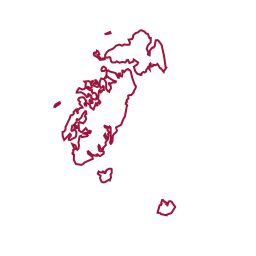 the district of Prince of Wales-Hyder, United States of America, rotated 67°
{"feature_id": "52423323B55198873775030", "entity_name": "Prince of Wales-Hyder", "entity_type": "district", "adm_level": 2, "iso_a3": "USA", "parent_name": "United States of America", "parent_adm1": "", "projection": "robinson", "projection_center": [-133.066, 55.883], "detail": "fine", "context": "isolated", "style": "outline", "palette": "rose", "viewbox_px": 256, "rotation_deg": 67, "n_neighbors": 0, "source": "geoboundaries", "source_scale": "gbopen_adm2", "svg_char_len": 5804}
<svg xmlns="http://www.w3.org/2000/svg" viewBox="0 0 256 256"><g transform="rotate(67 128 128)"><path d="M67.2,123.7L67.9,125.7L71.2,127.3L72.7,129.6L73.2,128.9L73.1,128.0L72.0,127.0L74.5,125.9L78.5,123.0L80.4,120.9L81.2,121.6L80.1,124.4L80.4,126.3L79.3,127.7L79.3,128.1L80.6,128.4L82.4,127.5L84.9,128.2L86.2,130.3L87.4,131.2L86.4,132.0L83.4,132.8L77.9,130.4L75.2,130.6L73.8,131.0L71.9,133.3L74.3,135.9L77.9,137.5L79.0,137.7L80.5,137.1L80.5,136.0L79.7,134.5L80.5,134.1L83.6,135.4L83.1,136.9L84.1,137.7L84.5,139.1L82.1,139.1L82.7,140.3L89.9,144.3L93.4,143.3L94.3,144.5L92.9,144.8L92.8,146.2L95.2,147.1L95.2,147.7L93.1,148.2L97.5,152.5L94.2,154.5L92.1,153.9L89.6,155.2L89.2,156.5L91.1,157.8L90.6,158.7L88.7,158.7L87.8,156.6L87.0,155.9L82.7,156.7L81.8,157.9L81.2,161.0L82.5,162.9L85.2,162.0L86.6,163.2L87.4,163.1L90.2,161.9L91.5,161.9L90.9,164.3L91.8,166.8L91.1,167.2L95.4,168.6L91.7,168.6L90.8,169.1L92.0,171.8L93.7,172.3L94.2,173.9L94.1,176.1L95.6,177.1L102.8,185.2L105.2,186.3L106.3,188.4L106.1,189.8L110.0,191.3L114.1,191.4L110.6,183.7L112.1,183.3L113.1,184.0L113.9,186.0L115.6,187.1L116.6,185.8L116.2,184.2L116.1,180.1L115.2,179.0L111.8,177.1L108.9,177.4L108.3,178.0L108.8,179.4L108.8,180.8L107.8,180.9L104.2,178.5L104.4,178.0L102.4,172.8L100.1,172.0L99.9,171.4L101.1,170.4L101.1,169.8L100.2,167.2L97.7,164.3L95.8,160.8L96.4,160.1L98.9,160.9L99.0,161.8L100.4,163.2L101.4,162.6L103.4,163.0L105.1,165.1L106.1,167.4L104.4,169.7L103.5,170.0L104.2,171.6L111.1,174.1L113.4,172.6L113.7,171.5L111.6,166.9L115.7,165.9L116.0,164.8L115.6,164.2L116.4,163.5L117.0,163.8L118.0,165.2L116.2,167.9L115.6,170.1L115.8,171.0L117.4,168.4L119.2,167.9L119.6,168.8L118.3,174.0L116.8,174.3L116.8,175.7L122.0,179.3L124.8,179.9L127.8,181.8L128.3,183.2L127.5,183.6L123.5,183.2L121.0,185.6L126.7,185.5L126.9,187.2L128.7,187.6L129.4,189.0L130.4,189.1L130.5,188.4L131.5,188.1L136.2,190.4L140.9,189.9L143.8,185.1L143.5,182.7L142.8,181.8L142.6,172.4L140.4,172.0L136.1,174.7L134.1,174.4L133.8,173.6L138.1,171.8L140.4,169.4L141.3,167.6L140.3,167.4L140.3,166.4L142.4,165.3L142.9,164.5L142.1,160.4L140.4,159.6L138.8,161.1L138.8,162.3L137.6,163.4L133.4,162.5L132.4,161.5L133.1,161.1L136.0,161.5L137.4,160.3L137.8,159.3L136.7,158.9L135.0,155.0L132.6,154.4L131.2,152.2L125.8,153.0L124.6,151.4L129.4,151.1L130.3,150.7L130.0,150.4L126.8,148.7L125.8,148.8L125.0,147.2L121.6,147.7L120.4,146.8L118.4,148.9L117.0,149.0L116.8,148.6L120.2,145.2L119.4,144.4L120.6,143.8L131.6,148.2L134.5,150.3L135.9,150.0L135.8,149.4L134.0,147.4L129.4,145.2L128.3,143.7L127.0,140.1L126.0,139.2L122.8,138.8L122.4,133.1L117.4,128.2L116.3,126.4L107.3,120.5L107.0,119.9L105.5,120.1L104.9,120.7L103.7,120.0L103.5,118.6L102.2,118.6L101.6,118.0L101.1,116.1L98.4,115.3L98.2,113.9L99.0,112.2L97.5,108.9L96.8,108.7L94.0,105.2L92.6,104.4L91.1,104.9L83.6,104.5L76.9,103.4L75.2,103.9L74.4,104.9L73.9,104.8L73.6,105.6L73.8,107.1L75.0,109.5L73.2,110.2L72.9,110.8L75.8,111.8L78.2,113.5L76.9,115.1L74.7,114.1L74.3,115.1L74.8,116.2L78.1,116.8L77.8,117.4L72.7,117.9L68.8,122.7L67.2,123.7ZM87.4,69.1L86.7,69.6L75.8,66.7L64.7,64.6L59.7,65.8L58.7,66.4L58.1,68.2L63.3,71.7L64.0,73.5L63.4,74.1L65.3,77.7L69.5,79.7L68.1,80.9L66.8,79.9L62.3,79.8L59.8,77.4L58.1,73.7L54.1,71.9L53.8,73.1L49.1,73.0L48.0,74.5L45.7,75.2L43.2,77.6L43.0,78.9L43.9,81.7L43.6,83.6L44.6,86.9L46.9,88.2L47.7,89.5L46.9,92.9L50.1,92.8L51.8,94.1L50.8,97.0L49.6,98.6L50.0,101.2L47.9,103.3L47.6,106.7L49.1,110.6L49.2,115.5L50.2,118.3L52.0,120.6L54.1,121.5L55.2,119.4L55.4,117.6L56.2,116.8L59.9,117.5L61.4,117.0L62.7,114.2L62.2,112.4L64.7,110.2L64.9,107.4L66.6,105.1L66.1,103.5L65.1,102.8L65.4,101.4L68.8,101.3L69.0,97.3L67.2,96.0L71.6,93.1L73.1,94.5L73.9,98.7L78.9,99.1L81.9,98.1L83.8,96.0L83.4,95.7L84.2,94.9L82.9,93.9L82.4,91.9L83.4,91.0L83.1,89.2L81.3,88.2L80.9,86.9L80.0,85.9L82.4,85.2L80.2,84.7L77.7,83.0L77.3,82.1L78.1,82.0L79.2,82.8L80.6,82.7L80.6,80.4L79.6,80.0L81.0,78.0L80.5,75.8L85.4,75.1L85.9,74.5L90.3,73.2L89.6,72.7L87.4,69.1ZM217.5,133.9L218.6,131.9L220.3,131.1L223.4,126.6L222.9,126.4L223.3,121.4L219.1,115.4L212.9,116.7L211.9,117.6L211.6,119.3L214.5,121.8L212.8,122.6L211.7,121.9L210.2,122.8L210.4,123.4L207.8,124.0L207.6,124.7L210.0,126.8L210.9,126.5L211.8,127.7L211.4,128.7L211.7,129.2L217.5,133.9ZM68.2,150.0L70.3,149.3L74.5,151.6L75.1,153.2L74.6,155.1L72.3,157.2L72.2,157.8L74.5,160.9L75.4,161.4L76.9,157.0L80.2,154.7L83.4,153.8L83.5,151.9L81.5,151.8L81.2,151.1L83.1,149.6L84.4,149.2L85.9,150.2L88.1,148.7L89.1,146.6L89.0,146.0L86.5,144.2L83.7,144.2L82.5,145.1L82.0,146.2L82.4,146.9L80.9,147.2L79.1,146.3L78.3,148.3L75.3,150.1L74.4,150.0L74.2,149.4L74.7,148.3L76.4,147.5L76.7,145.8L75.4,145.2L70.6,144.8L69.5,145.9L68.2,150.0ZM156.6,172.0L158.3,173.7L161.3,171.9L163.3,173.4L167.2,173.3L168.6,171.7L168.8,170.4L168.2,165.8L169.1,165.3L166.8,162.9L164.1,162.3L163.2,160.7L159.6,159.1L158.8,159.6L158.1,161.4L158.5,164.5L160.6,166.4L160.2,167.4L158.7,167.4L158.2,168.3L158.9,169.3L157.6,171.3L156.6,172.0ZM44.7,126.4L46.7,128.6L45.5,129.3L45.6,130.0L46.8,130.8L48.1,130.7L51.2,128.2L54.4,127.1L55.6,122.6L54.7,122.5L54.0,124.3L54.1,125.2L53.5,125.9L48.9,127.4L48.8,125.5L45.9,125.6L44.7,126.4ZM62.0,126.3L61.9,127.2L62.6,128.6L64.0,129.8L65.4,129.7L66.2,127.7L65.7,125.4L65.3,125.1L64.1,125.1L62.0,126.3ZM73.7,141.3L73.8,142.1L75.1,143.5L78.3,140.3L78.2,138.9L75.2,137.5L75.0,140.3L73.7,141.3ZM77.5,180.9L78.0,185.5L79.7,187.5L80.2,186.8L79.5,184.4L79.4,182.5L78.7,180.9L77.5,180.9ZM88.6,150.7L87.3,152.3L88.1,153.0L88.9,152.9L90.4,152.5L91.2,151.0L90.7,150.5L88.6,150.7ZM105.3,175.2L106.4,176.9L107.4,177.4L108.0,176.7L107.7,175.6L108.0,175.0L106.7,174.3L105.3,175.2ZM32.6,112.9L33.9,107.9L33.9,107.0L32.6,107.0L32.6,112.9ZM71.5,138.8L71.3,139.5L73.2,139.9L73.6,138.7L73.3,138.3L71.5,138.8ZM70.8,142.4L71.3,143.6L72.2,143.5L71.3,141.9L70.8,142.4Z" fill="none" stroke="#9f1239" stroke-width="2"/></g></svg>